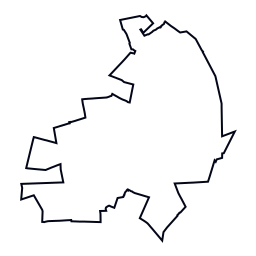 the district of San Miguel de Horcasitas, Sonora, Mexico
{"feature_id": "50627088B58381771022173", "entity_name": "San Miguel de Horcasitas", "entity_type": "district", "adm_level": 2, "iso_a3": "MEX", "parent_name": "Mexico", "parent_adm1": "Sonora", "projection": "equal_earth", "projection_center": [-110.823, 29.475], "detail": "fine", "context": "isolated", "style": "outline", "palette": "ink", "viewbox_px": 256, "rotation_deg": 0, "n_neighbors": 0, "source": "geoboundaries", "source_scale": "gbopen_adm2", "svg_char_len": 3259}
<svg xmlns="http://www.w3.org/2000/svg" viewBox="0 0 256 256"><path d="M165.2,21.5L164.9,22.1L164.4,22.4L164.2,23.3L163.9,24.0L162.7,24.8L162.0,25.3L161.9,25.5L161.7,25.8L161.2,26.0L160.9,26.8L160.6,27.2L160.6,27.4L160.4,27.5L160.2,27.5L159.8,27.4L159.7,27.4L159.4,27.5L159.3,27.4L159.2,27.5L158.7,27.8L157.3,28.4L156.4,29.3L156.1,29.5L154.9,30.1L153.4,30.7L152.2,31.9L148.6,34.4L147.8,34.3L144.4,35.7L143.5,34.3L140.4,29.6L140.8,29.4L141.1,29.3L143.3,32.8L153.1,23.3L146.4,15.4L145.8,16.2L143.7,17.2L141.7,17.0L140.0,16.0L120.1,20.0L122.8,29.5L123.8,29.8L125.6,32.6L126.5,34.1L126.9,35.1L129.8,42.9L129.4,43.7L131.4,49.3L133.0,49.4L133.8,50.1L135.3,51.0L134.3,53.6L134.1,53.5L130.5,52.7L124.4,59.6L109.5,75.4L121.7,80.1L124.1,82.1L133.3,84.5L132.3,89.4L129.7,102.5L127.8,102.1L126.6,101.1L124.7,100.3L122.5,99.5L119.9,98.2L118.6,97.5L116.4,96.2L115.1,95.5L112.3,93.9L111.4,95.9L109.9,96.3L109.1,96.7L107.0,97.4L106.7,97.4L106.6,97.5L102.3,97.8L99.1,98.0L93.6,98.4L92.7,98.5L87.7,98.8L86.7,98.9L85.1,99.0L82.2,99.3L82.3,100.4L82.8,103.7L83.3,106.1L83.7,107.9L84.8,113.4L85.4,117.6L77.2,120.2L74.7,121.0L71.5,121.9L70.3,122.3L70.2,122.5L69.9,122.3L69.9,122.0L69.2,122.1L69.3,123.4L69.1,123.4L68.9,123.4L53.8,128.0L56.4,143.1L54.7,142.6L48.0,140.8L47.0,140.5L44.4,139.9L34.8,137.3L33.8,137.1L33.5,138.5L33.3,138.9L29.7,153.6L27.4,163.1L26.2,168.1L27.2,168.3L35.5,169.1L45.6,170.0L51.6,167.5L53.7,166.7L55.0,166.2L56.7,165.5L57.5,165.2L60.5,164.1L60.7,169.5L63.3,182.4L21.3,183.9L22.2,187.9L21.4,196.9L21.2,199.5L33.8,195.3L38.6,203.6L42.2,209.8L42.6,211.3L42.2,221.9L44.3,222.1L45.6,221.7L47.9,221.2L49.4,221.1L52.3,221.0L57.8,220.8L58.8,220.8L68.1,220.2L68.5,220.2L68.8,220.2L71.2,220.0L71.4,221.3L75.0,221.4L77.4,221.5L79.6,221.6L84.1,221.6L90.7,221.8L96.5,222.0L100.6,222.1L100.5,214.1L100.1,211.0L103.8,210.9L106.2,210.8L105.8,209.5L105.7,208.6L106.0,207.5L107.4,206.5L108.6,205.8L108.9,205.8L109.2,205.7L110.0,206.0L110.7,206.4L112.2,207.0L114.3,207.8L115.3,204.8L117.6,198.0L122.8,197.1L123.1,196.7L123.4,196.8L124.0,195.6L123.9,195.5L123.9,195.3L123.9,195.2L124.0,195.1L124.4,194.9L124.5,194.7L124.5,194.3L124.4,194.2L124.8,193.3L124.8,193.1L125.5,191.8L126.0,191.4L126.1,191.2L126.6,190.9L126.8,190.5L126.8,190.3L126.8,190.2L127.1,189.9L128.1,190.4L128.2,189.6L130.1,190.6L130.8,191.1L131.4,191.3L131.8,191.4L132.0,191.4L132.5,191.8L133.0,192.2L134.0,192.7L134.3,192.8L134.8,193.1L135.6,193.3L149.0,197.3L139.8,218.2L140.8,218.8L144.0,220.8L145.5,221.8L147.4,223.2L148.6,224.5L150.6,226.9L152.1,228.6L153.7,230.5L162.2,240.6L163.5,232.1L167.1,227.4L172.2,221.7L177.5,215.8L177.5,215.6L177.5,215.3L177.5,215.2L177.4,215.1L177.5,214.9L177.9,214.7L178.1,214.4L178.3,214.2L178.6,213.9L178.7,213.7L178.9,213.6L179.0,213.5L179.1,213.3L179.2,213.1L179.3,213.0L179.3,212.9L179.5,212.7L179.8,212.7L180.1,212.5L180.4,212.5L180.5,212.4L185.6,206.8L181.0,198.0L180.4,197.0L179.2,194.7L178.4,193.2L174.7,183.5L188.8,182.8L193.3,182.6L199.9,182.2L208.0,181.7L209.5,177.1L214.6,160.4L215.7,161.8L216.7,159.4L222.1,157.9L222.2,153.4L223.8,153.2L234.8,131.5L222.1,136.3L221.6,107.2L221.6,103.6L215.4,76.2L202.7,52.0L203.0,51.6L201.8,50.3L195.7,39.0L186.5,31.4L180.2,32.5L178.4,31.3L174.4,28.3L171.1,26.1L165.2,21.5Z" fill="none" stroke="#020617" stroke-width="2"/></svg>